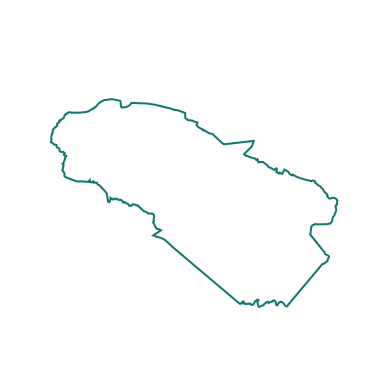 Tzintzuntzan, Michoacán, Mexico, rotated 209°
{"feature_id": "50627088B10227189908038", "entity_name": "Tzintzuntzan", "entity_type": "district", "adm_level": 2, "iso_a3": "MEX", "parent_name": "Mexico", "parent_adm1": "Michoacán", "projection": "albers", "projection_center": [-101.539, 19.611], "detail": "fine", "context": "isolated", "style": "outline", "palette": "teal", "viewbox_px": 384, "rotation_deg": 209, "n_neighbors": 0, "source": "geoboundaries", "source_scale": "gbopen_adm2", "svg_char_len": 5954}
<svg xmlns="http://www.w3.org/2000/svg" viewBox="0 0 384 384"><g transform="rotate(209 192 192)"><path d="M288.3,240.6L288.4,238.1L289.5,235.9L291.3,234.0L294.2,231.9L295.2,232.2L296.0,232.9L297.9,235.9L299.0,236.9L305.3,235.1L307.6,234.1L311.4,231.1L313.1,230.0L313.6,229.6L313.8,229.0L315.9,226.1L316.1,225.1L316.6,224.2L317.0,221.9L317.2,221.4L317.4,220.1L317.7,219.4L318.2,218.7L318.2,217.9L318.5,217.2L319.1,217.1L319.6,215.9L321.1,213.7L321.4,212.5L322.9,211.3L323.6,210.5L329.4,206.5L330.9,205.8L333.2,204.4L334.0,204.2L334.8,203.5L335.8,202.9L336.9,202.8L337.5,202.6L338.6,201.6L338.9,201.3L338.9,200.4L339.7,200.0L339.8,199.1L340.2,199.0L340.3,198.9L340.2,198.3L340.5,197.3L340.1,194.3L342.6,190.3L342.6,190.1L341.8,190.2L342.0,189.4L342.1,188.3L342.4,187.5L343.0,186.9L343.0,186.6L343.0,186.2L342.1,184.7L342.1,184.4L342.3,184.2L342.4,183.9L342.5,183.7L342.5,183.2L342.8,182.9L343.0,182.0L343.7,180.6L343.8,179.4L343.5,178.9L343.7,178.6L343.6,178.0L343.0,176.8L342.6,176.4L342.7,174.8L341.9,172.3L341.0,170.7L340.1,169.7L340.0,169.0L339.6,167.2L337.4,167.2L336.1,166.7L335.4,166.6L334.0,167.4L333.6,167.4L333.1,167.1L332.4,166.0L331.8,165.7L329.5,165.7L329.0,165.6L327.9,163.9L327.2,163.5L326.7,163.4L326.0,163.5L324.2,164.6L323.2,164.5L322.1,164.2L322.4,163.3L321.9,163.2L321.7,162.2L320.3,162.1L319.8,162.3L319.6,162.6L319.3,162.4L319.5,160.9L318.8,157.4L318.7,155.5L318.4,154.8L318.4,154.4L318.7,154.1L317.8,153.9L317.5,153.6L317.5,152.7L317.0,152.3L316.5,150.7L316.4,150.0L316.1,149.1L315.9,148.0L314.1,147.3L312.6,146.5L312.4,146.0L311.3,144.1L309.7,143.7L298.2,145.3L292.4,148.4L287.6,150.5L287.4,151.5L287.5,151.6L287.4,151.9L287.1,151.9L287.0,152.6L286.1,151.1L284.4,151.8L284.2,151.9L283.9,152.4L284.1,152.7L284.0,153.2L283.5,153.6L282.8,153.3L282.5,153.3L282.0,153.0L282.0,152.8L279.6,154.0L278.2,152.9L275.9,153.0L271.5,151.4L269.6,150.9L267.5,150.1L266.1,149.5L264.9,148.2L261.0,143.4L260.8,142.8L259.6,142.9L259.4,143.8L259.9,146.6L260.3,147.3L259.3,147.1L258.9,147.5L258.3,147.4L258.0,147.1L257.7,147.1L257.7,147.6L256.2,148.1L256.2,148.7L256.0,149.0L254.2,149.6L254.1,149.4L253.4,149.2L252.1,149.9L251.9,149.8L250.8,150.2L250.4,150.7L248.8,150.5L248.2,150.3L247.6,149.6L247.2,149.8L246.8,149.7L246.3,149.9L246.2,150.5L245.9,150.6L245.2,150.4L244.6,150.4L244.4,150.3L243.2,150.3L242.6,150.5L241.8,150.4L240.6,150.0L240.3,149.5L239.7,149.6L239.2,150.2L238.8,150.4L238.3,150.5L238.1,150.8L238.1,151.6L237.9,152.6L237.1,152.9L236.7,152.9L235.3,153.5L233.7,153.4L233.3,154.0L232.4,154.0L231.7,153.8L231.4,153.5L230.4,153.1L230.0,153.3L229.5,153.3L229.2,152.8L228.6,152.7L227.7,152.6L224.3,151.9L223.3,152.4L220.2,152.2L219.7,151.9L217.7,153.2L216.8,153.6L215.3,154.0L214.3,153.4L213.5,152.5L213.3,152.1L212.0,148.8L211.2,148.0L211.4,146.7L207.0,143.8L204.9,142.6L203.8,143.3L201.9,143.5L200.6,143.5L204.8,135.3L203.8,135.5L201.6,135.5L200.2,136.1L196.5,136.8L194.0,137.0L192.6,137.0L181.2,134.3L153.3,128.7L96.1,117.4L95.7,117.6L94.8,118.3L95.0,118.4L95.1,118.6L95.0,118.8L94.7,118.9L94.7,119.0L94.4,119.2L94.4,119.5L94.6,119.7L94.6,120.4L94.3,120.7L94.1,121.2L93.8,121.2L93.6,120.9L93.1,120.8L93.0,120.6L93.0,120.2L92.7,120.0L92.4,119.8L91.9,119.8L91.7,120.0L91.3,119.9L91.2,120.2L90.7,120.2L90.1,120.5L88.5,121.5L87.3,122.6L86.7,122.6L86.1,122.1L85.3,122.1L84.7,122.3L84.5,122.7L83.8,123.4L84.0,124.0L83.8,124.7L83.8,126.7L83.7,127.4L83.3,128.4L82.8,129.2L81.9,129.9L81.4,129.7L81.6,128.1L81.2,127.1L78.7,124.3L78.3,124.1L77.1,124.4L75.9,126.4L74.5,127.5L74.7,128.5L74.0,129.7L73.7,131.1L72.7,132.7L71.2,132.6L71.1,132.3L69.6,134.4L68.8,135.1L68.2,136.1L68.4,136.3L67.9,136.8L67.2,137.2L65.3,136.1L63.8,134.5L63.0,133.9L62.4,134.6L62.5,135.5L62.3,136.2L62.4,136.4L62.4,136.7L62.2,137.6L62.0,137.9L61.8,138.0L61.5,138.8L61.1,138.8L60.8,139.1L60.1,139.3L59.0,139.2L56.9,138.5L55.9,138.0L54.5,137.7L53.6,137.8L43.0,192.4L42.1,192.9L41.7,193.4L41.3,194.8L40.2,196.8L40.2,197.7L40.7,199.3L40.6,200.4L40.7,201.6L40.9,202.0L41.4,202.3L42.3,202.4L44.8,202.3L45.6,202.3L46.9,203.7L47.2,203.6L68.2,212.2L68.5,213.8L70.2,217.7L70.6,219.2L70.8,219.9L70.8,220.7L68.7,223.8L67.4,224.0L65.9,225.0L64.7,225.6L64.5,225.8L60.9,227.8L60.3,228.3L59.4,228.7L58.2,229.4L57.5,229.9L57.0,230.6L56.0,231.2L55.9,232.1L55.3,233.0L55.3,233.5L55.5,235.1L56.6,238.1L56.6,238.6L56.3,239.7L56.2,240.4L56.8,245.3L57.1,246.2L57.7,247.0L58.5,247.7L58.8,248.4L59.1,248.5L59.4,248.9L59.6,249.8L59.5,250.5L59.2,250.7L59.2,251.3L60.3,254.0L61.0,255.1L61.8,255.6L62.9,255.9L64.1,255.9L65.6,255.4L66.4,255.0L67.5,253.5L68.1,253.1L69.6,252.8L70.9,253.5L71.2,254.0L71.8,254.0L72.4,255.3L73.4,255.7L74.4,255.8L75.3,256.2L76.2,256.2L77.2,256.7L78.9,258.0L79.7,258.3L81.0,258.4L82.1,259.1L83.0,259.2L84.0,259.0L85.1,259.1L87.6,259.7L88.6,259.7L89.2,260.6L89.6,260.9L90.6,260.7L91.1,260.8L91.6,260.8L92.2,260.3L92.7,259.9L93.0,259.1L93.3,259.0L94.7,258.9L95.9,258.7L97.2,258.0L97.6,258.1L100.8,257.3L104.9,256.4L108.9,256.0L112.5,256.0L112.6,255.0L115.2,255.0L117.6,256.4L122.0,256.5L122.0,251.4L124.7,251.4L124.8,250.4L127.9,250.4L127.7,251.1L128.8,252.3L128.9,253.1L129.3,253.5L129.7,253.6L130.2,252.4L130.9,251.7L130.9,251.2L131.9,251.1L133.8,251.3L136.9,250.9L137.6,251.3L139.9,252.0L143.4,252.4L144.5,252.7L147.4,250.9L147.7,250.8L147.7,250.4L148.3,250.2L150.2,251.9L150.4,252.5L150.5,252.5L150.5,251.5L151.5,251.2L152.6,251.9L152.4,252.0L156.8,250.9L161.9,250.1L162.0,250.1L162.1,249.9L164.8,250.3L161.7,261.0L162.8,266.6L184.8,250.9L187.1,249.3L187.4,249.2L189.6,249.5L196.6,251.2L201.8,252.6L203.4,252.4L204.5,251.9L208.0,251.6L210.3,251.9L211.1,251.9L211.2,251.6L212.1,251.3L212.1,251.9L213.9,251.9L213.5,251.7L218.3,251.8L219.4,252.6L220.5,252.8L220.9,255.4L222.5,255.2L224.0,254.6L225.9,254.7L226.4,254.6L226.8,254.3L228.5,253.8L229.5,253.2L231.1,252.9L231.5,253.2L232.4,253.2L233.6,253.3L236.3,257.8L243.9,256.6L246.2,255.6L247.3,255.3L251.2,254.6L266.7,250.4L273.4,247.9L277.0,246.3L280.6,244.3L288.3,240.6Z" fill="none" stroke="#0f766e" stroke-width="2"/></g></svg>